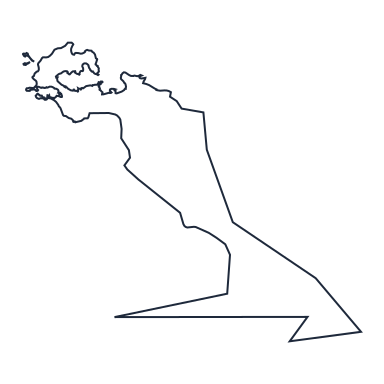 the district of Garðabær, Reykjavík, Iceland
{"feature_id": "244011B25721014671193", "entity_name": "Garðabær", "entity_type": "district", "adm_level": 2, "iso_a3": "ISL", "parent_name": "Iceland", "parent_adm1": "Reykjavík", "projection": "albers", "projection_center": [-21.974, 64.042], "detail": "fine", "context": "isolated", "style": "outline", "palette": "slate", "viewbox_px": 384, "rotation_deg": 0, "n_neighbors": 0, "source": "geoboundaries", "source_scale": "gbopen_adm2", "svg_char_len": 5286}
<svg xmlns="http://www.w3.org/2000/svg" viewBox="0 0 384 384"><path d="M232.8,222.2L206.8,149.7L203.4,112.4L181.6,108.6L176.7,101.1L170.0,96.7L170.9,92.2L168.7,91.0L166.7,90.5L164.5,90.4L160.1,90.7L157.0,90.2L156.3,89.9L156.5,89.4L154.8,88.6L149.1,85.1L146.3,84.0L143.1,83.2L143.6,81.5L145.1,79.0L145.4,77.8L141.6,78.5L140.1,78.2L139.4,77.5L139.6,76.8L140.0,76.2L141.7,75.5L140.3,74.9L138.9,75.8L137.2,76.2L134.5,75.6L134.1,75.6L133.5,76.0L130.9,75.9L129.2,75.1L125.5,72.6L123.9,72.3L122.5,73.3L121.5,75.0L121.1,75.1L121.1,76.8L120.8,77.8L121.0,78.9L121.3,79.3L123.4,81.3L124.5,83.2L125.0,83.3L125.5,84.2L126.0,86.6L126.0,87.1L125.7,87.7L125.8,88.8L124.9,88.9L124.5,89.3L124.2,90.0L121.7,91.6L116.7,93.4L115.6,93.2L115.5,91.5L115.6,90.6L115.4,90.1L114.5,90.3L114.1,89.5L114.9,89.2L113.9,88.9L111.6,88.8L110.2,89.3L109.9,89.9L109.9,90.7L110.6,91.5L110.4,91.7L110.5,92.0L111.4,92.6L111.0,92.9L109.8,93.0L109.2,92.7L103.6,94.3L102.0,94.4L102.0,94.0L102.5,93.3L102.5,92.3L101.3,91.3L100.7,90.4L99.6,89.9L99.5,89.7L99.9,88.7L99.9,88.3L99.3,87.7L99.4,87.4L99.4,87.0L98.8,86.6L99.0,86.2L98.9,85.8L98.6,85.6L98.6,85.2L98.9,85.0L100.5,84.3L100.8,84.0L101.0,82.9L101.9,82.6L102.5,82.0L102.1,81.5L101.0,81.5L100.9,82.4L99.3,82.2L99.5,82.6L99.3,83.0L98.2,83.1L97.6,84.2L97.0,84.7L94.4,84.8L93.4,85.2L92.7,85.1L92.2,85.9L91.2,85.5L90.1,85.4L86.2,86.1L83.2,88.3L82.1,87.9L81.3,88.2L81.1,88.4L81.2,89.2L80.9,89.5L80.2,88.7L79.0,88.8L78.2,88.3L78.4,89.0L78.1,89.5L78.1,90.3L78.0,90.5L78.2,91.0L78.1,91.3L77.8,91.6L76.6,90.8L75.1,90.9L73.9,89.5L73.6,89.6L73.4,90.4L73.0,90.7L70.8,90.3L68.0,88.7L66.6,87.2L66.1,87.0L65.6,87.4L65.2,87.0L65.3,86.3L65.0,86.3L64.5,86.8L64.2,86.6L63.8,85.8L61.5,84.7L57.6,81.2L57.3,80.2L57.1,78.2L57.5,77.5L56.3,77.6L56.3,77.3L56.0,76.9L55.9,76.6L56.2,76.2L58.6,74.2L59.6,73.7L60.8,73.5L63.2,71.7L64.1,71.3L65.8,71.1L67.1,71.3L67.8,72.1L67.8,72.4L67.4,72.9L69.3,74.4L69.8,74.3L71.4,72.5L72.8,71.4L75.2,71.2L75.3,71.6L74.9,72.4L75.0,72.6L77.1,73.9L78.3,74.1L79.2,74.7L79.6,74.3L79.5,74.0L79.5,73.3L79.8,72.4L80.6,71.2L81.2,70.9L82.6,71.1L83.0,70.8L83.2,69.9L83.1,68.1L82.3,66.5L82.3,65.8L82.7,64.5L84.2,63.4L86.1,63.4L87.4,64.2L88.3,65.1L88.5,65.4L88.5,66.1L88.7,66.3L89.0,67.7L89.9,69.0L90.3,70.1L91.0,70.5L91.4,71.3L91.9,71.6L92.8,71.4L93.1,72.1L93.5,72.3L94.2,73.3L95.4,74.0L96.4,74.1L98.0,75.1L98.5,74.7L97.3,73.7L97.3,73.2L97.4,72.9L98.7,71.8L98.9,71.4L98.6,69.7L98.8,68.3L97.9,67.0L97.7,66.0L96.9,65.9L96.4,65.0L95.6,64.5L95.7,63.6L96.0,63.1L97.2,59.3L97.1,59.0L95.9,58.3L95.0,54.5L93.6,52.6L92.3,51.9L91.5,50.7L88.8,50.5L87.2,49.9L86.3,50.2L85.1,51.1L84.9,51.3L85.0,51.9L84.4,52.5L82.3,53.5L80.7,53.7L78.5,53.1L75.9,52.9L74.8,53.4L74.2,54.7L73.2,54.6L72.2,53.9L71.9,53.4L71.3,51.8L71.1,50.5L71.1,49.1L71.3,48.3L72.4,45.8L73.3,44.4L73.1,44.0L71.7,42.7L67.8,42.7L65.2,45.8L61.0,48.1L57.8,48.3L54.5,49.7L52.0,53.7L50.0,55.7L48.2,57.0L46.2,57.4L43.0,57.3L42.0,58.1L40.6,60.6L38.4,63.1L38.0,64.1L38.0,64.7L38.6,66.9L38.8,68.1L38.8,69.6L38.5,70.5L37.8,71.4L36.5,71.7L35.6,72.8L34.9,73.2L34.6,73.7L33.9,76.0L32.8,76.6L32.4,77.2L32.5,77.7L33.7,79.1L35.8,80.7L36.4,81.5L36.7,83.3L36.7,84.1L36.3,85.4L33.6,88.1L29.5,87.7L28.2,88.2L26.7,88.3L26.1,89.3L26.2,90.2L26.8,90.8L29.6,90.9L29.9,90.8L30.0,90.2L30.2,89.9L34.2,89.4L35.4,90.0L36.3,91.0L36.6,91.0L37.6,90.8L38.1,90.1L37.4,89.4L37.1,88.3L36.6,87.6L36.7,87.2L37.7,86.7L39.0,86.9L41.2,87.9L42.1,87.4L42.7,87.7L43.7,87.6L44.2,88.0L45.9,87.8L46.4,87.2L47.6,87.6L49.5,86.7L51.4,86.7L52.6,87.1L54.3,88.1L54.5,88.6L56.4,88.8L57.9,89.7L58.4,90.5L58.3,91.0L58.7,92.0L58.3,92.6L59.3,92.7L58.8,93.2L59.2,93.7L59.1,94.0L59.3,94.5L59.9,94.4L60.9,93.7L61.2,93.8L62.0,96.1L61.9,96.8L61.8,97.0L60.7,97.0L58.7,96.1L56.6,95.8L56.1,96.7L54.3,98.2L54.1,97.9L52.6,97.9L50.4,97.2L49.6,97.3L49.5,97.2L49.3,95.9L48.8,96.8L48.7,96.5L48.8,95.6L48.1,95.6L47.8,95.2L47.6,95.2L47.7,95.7L47.4,96.0L48.1,96.4L47.6,96.6L47.7,97.1L47.7,97.4L46.8,98.4L46.0,98.2L44.9,98.6L44.3,98.3L43.9,97.3L42.6,97.3L41.8,95.6L41.5,95.6L41.3,95.8L40.0,95.7L39.7,95.5L39.5,94.9L38.8,94.7L38.5,94.2L38.0,93.8L38.4,93.3L37.1,94.0L36.6,94.9L35.7,95.6L35.7,95.9L36.0,96.9L36.9,98.0L38.6,98.8L39.3,98.8L40.5,98.2L43.1,98.4L43.8,98.7L44.6,99.7L45.8,99.8L46.7,99.4L47.8,98.1L48.6,98.0L50.9,98.5L53.9,100.1L56.0,101.8L58.2,104.8L58.9,106.4L59.8,107.2L60.5,108.2L62.7,114.1L63.2,115.3L63.8,115.8L66.0,116.1L68.7,118.0L71.3,118.7L73.0,120.3L73.5,121.1L73.2,121.4L73.3,121.6L73.6,121.4L73.9,121.8L74.7,121.5L74.9,121.8L74.8,122.0L75.1,122.2L75.4,121.8L76.0,122.1L81.5,120.8L82.6,119.7L83.4,119.4L84.2,118.4L87.7,118.3L88.4,117.2L89.6,113.2L108.8,113.0L115.3,114.5L117.1,115.5L119.3,117.8L120.3,119.6L121.6,128.9L121.2,138.3L128.9,150.2L130.0,157.7L124.4,165.4L127.3,169.5L138.4,179.5L180.1,212.8L183.4,224.1L184.4,225.9L185.6,226.9L187.3,227.5L193.9,226.8L195.7,227.0L208.7,232.8L216.5,237.8L225.3,244.3L230.0,254.8L227.2,293.7L114.5,317.1L307.5,316.9L289.7,341.3L361.0,331.8L315.7,278.2L232.8,222.2ZM27.6,53.5L26.6,53.0L25.8,53.8L24.8,53.6L24.3,53.9L23.5,53.6L23.1,53.8L23.0,54.2L24.0,55.9L24.6,56.4L25.2,56.5L25.5,55.8L26.9,55.6L27.6,55.8L29.1,56.9L32.0,60.6L34.2,61.6L32.3,60.4L30.2,58.1L28.1,55.2L27.9,54.0L27.6,53.5ZM28.2,63.4L29.3,62.6L29.2,62.4L26.8,63.5L24.7,63.2L23.5,64.0L23.8,64.7L25.5,65.0L26.0,64.8L26.4,64.2L28.2,63.4Z" fill="none" stroke="#1e293b" stroke-width="2"/></svg>